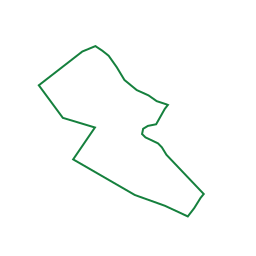 SVG path tracing the border of General Santos, rotated 300°
{"feature_id": "PHL-5529", "entity_name": "General Santos", "entity_type": "Highly Urbanized City", "adm_level": 1, "iso_a3": "PHL", "parent_name": "Philippines", "parent_adm1": "", "projection": "natural_earth1", "projection_center": [125.172, 6.137], "detail": "fine", "context": "isolated", "style": "outline", "palette": "green", "viewbox_px": 256, "rotation_deg": 300, "n_neighbors": 0, "source": "natural_earth", "source_scale": "10m", "svg_char_len": 524}
<svg xmlns="http://www.w3.org/2000/svg" viewBox="0 0 256 256"><g transform="rotate(300 128 128)"><path d="M167.9,151.0L162.9,150.3L145.3,150.5L139.8,144.2L134.9,141.5L129.8,143.2L128.6,147.8L129.7,161.7L128.2,167.0L124.0,174.7L108.7,226.6L103.8,225.8L91.7,225.4L81.3,224.0L79.1,198.9L73.4,167.5L73.4,96.2L111.9,99.1L104.2,66.5L120.4,29.4L171.4,50.2L182.6,58.8L182.1,67.1L180.9,75.1L175.0,87.9L167.8,100.9L165.2,116.6L166.5,129.5L165.6,139.4L167.7,149.4L167.9,151.0Z" fill="none" stroke="#15803d" stroke-width="2"/></g></svg>